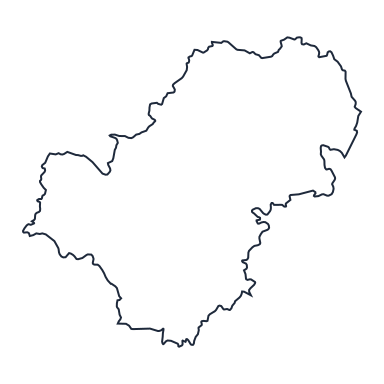 the border of Kaluga
{"feature_id": "RUS-2361", "entity_name": "Kaluga", "entity_type": "Region", "adm_level": 1, "iso_a3": "RUS", "parent_name": "Russia", "parent_adm1": "", "projection": "mercator", "projection_center": [35.421, 54.295], "detail": "fine", "context": "isolated", "style": "outline", "palette": "slate", "viewbox_px": 384, "rotation_deg": 0, "n_neighbors": 0, "source": "natural_earth", "source_scale": "10m", "svg_char_len": 5918}
<svg xmlns="http://www.w3.org/2000/svg" viewBox="0 0 384 384"><path d="M250.9,295.3L244.1,291.7L242.1,291.5L241.7,293.7L240.8,295.9L239.5,297.5L235.1,301.2L234.6,303.0L232.3,305.7L231.4,308.3L230.0,309.9L229.4,310.0L227.1,309.0L224.0,309.5L223.2,308.9L221.3,306.1L219.6,305.6L218.4,306.0L216.1,309.9L215.0,311.1L209.9,314.2L208.5,315.7L207.5,320.8L206.6,321.2L203.4,320.9L201.8,321.2L201.4,321.6L201.3,322.1L201.8,324.2L201.6,325.2L198.6,327.5L198.5,328.1L198.8,330.1L197.9,334.2L195.7,336.9L194.2,340.9L193.9,343.3L193.2,344.7L192.1,344.9L190.8,344.4L188.4,340.4L187.2,339.2L186.6,339.1L186.2,339.3L185.8,341.2L185.5,341.8L182.7,340.6L182.4,340.9L182.6,344.1L182.4,344.8L181.8,345.5L179.1,346.7L178.4,346.3L178.2,344.5L177.7,343.7L171.0,340.8L167.6,340.5L166.1,341.2L163.5,344.1L163.1,344.1L162.5,343.2L162.1,341.6L162.7,336.7L162.9,333.1L163.5,329.7L163.4,328.8L163.1,328.7L161.0,330.4L159.0,331.0L157.9,331.0L150.0,328.6L133.0,329.1L131.3,328.9L129.1,325.7L126.0,323.8L117.8,323.6L118.8,321.3L120.3,319.4L121.0,317.5L119.6,314.7L118.7,309.3L117.1,307.3L116.8,306.3L116.9,303.2L117.5,300.3L119.5,300.0L121.1,298.3L119.2,296.2L116.9,288.1L115.3,286.3L111.4,283.7L110.8,283.8L107.7,280.4L105.6,276.9L104.1,273.3L102.3,270.1L99.4,266.0L97.7,264.7L94.2,264.6L92.9,263.7L92.8,262.6L93.5,259.4L93.5,258.6L92.6,256.0L91.3,254.6L87.8,254.4L86.5,255.0L82.4,258.0L78.1,259.2L76.5,259.0L74.5,256.3L73.0,254.9L70.9,253.6L69.1,253.1L65.6,257.2L63.3,257.4L61.4,256.5L59.7,254.3L59.0,252.4L58.6,249.2L58.3,248.1L54.4,241.1L45.8,234.4L42.3,233.4L39.8,234.0L36.3,233.4L33.3,235.1L29.8,236.0L29.1,233.7L28.6,232.9L27.2,232.3L23.9,232.6L23.2,232.0L23.0,231.0L24.4,228.4L26.6,225.5L27.7,224.6L28.6,224.2L30.8,224.8L33.9,223.5L34.1,223.2L33.9,222.7L31.9,221.3L34.1,220.0L34.9,218.9L35.2,214.9L35.7,213.7L37.0,212.7L38.9,212.0L40.0,210.9L40.2,208.9L39.9,206.4L40.1,202.7L39.6,201.9L37.7,201.3L37.2,200.5L37.3,200.0L39.0,199.0L41.4,199.0L41.9,198.3L42.3,196.3L42.6,195.6L44.0,194.9L45.0,193.8L45.9,190.0L43.7,187.8L41.2,184.2L40.0,182.0L40.0,180.9L40.9,180.1L41.3,179.0L41.0,176.8L41.2,175.5L44.6,171.9L45.1,170.6L45.0,169.5L44.7,168.5L42.8,168.1L42.3,167.6L41.8,166.4L42.3,165.1L45.2,162.8L47.9,156.4L49.9,153.5L55.7,154.4L58.6,153.2L60.6,154.3L62.4,154.5L64.0,154.0L67.3,151.9L76.0,155.0L78.1,155.1L80.9,155.9L82.4,155.8L83.2,155.3L86.1,156.8L92.5,162.1L102.5,173.6L105.6,174.7L107.4,174.5L109.8,171.8L110.4,170.4L110.1,168.5L108.2,164.8L107.9,163.1L112.2,161.1L113.3,158.3L114.8,149.9L116.0,147.7L116.4,145.2L117.8,142.9L117.1,140.1L116.4,138.8L115.0,137.9L110.3,136.3L109.7,135.5L111.2,134.7L114.9,134.6L119.2,136.0L125.0,136.1L128.4,137.8L131.4,138.1L133.1,137.3L136.2,134.6L139.4,133.9L141.5,132.4L146.3,130.7L148.2,127.5L149.3,126.3L152.7,124.1L153.7,122.6L155.2,121.1L155.2,120.5L154.7,119.8L151.9,118.4L150.2,115.9L148.9,115.0L148.7,114.4L148.7,113.5L149.4,110.6L149.5,107.5L150.1,104.4L151.6,103.5L156.9,102.8L158.2,103.9L161.2,104.7L162.1,104.0L163.8,98.1L166.2,96.3L167.6,93.2L173.5,92.5L174.3,91.9L174.6,91.3L174.8,89.5L172.8,85.9L173.1,84.6L174.6,83.2L181.8,78.1L183.1,76.6L186.7,70.2L187.1,67.0L186.6,63.7L186.8,63.3L188.6,62.6L188.9,62.0L189.2,60.7L189.0,59.3L188.4,57.9L188.5,57.4L190.1,56.4L191.6,56.1L192.2,55.4L194.5,49.8L197.5,50.0L202.9,52.6L203.6,52.6L207.2,50.3L207.9,49.3L208.3,47.6L209.1,46.7L212.4,46.0L212.8,45.1L211.9,42.7L211.9,41.9L221.3,42.9L223.3,41.3L224.2,41.2L227.4,41.7L228.4,42.3L236.2,49.2L237.4,49.8L244.6,50.4L249.8,53.3L252.4,52.0L253.5,52.2L255.5,54.2L258.9,55.2L261.3,57.9L262.3,58.1L271.0,56.7L272.2,56.1L273.2,54.5L274.3,53.5L278.0,51.9L278.8,49.8L279.9,48.9L281.7,46.4L281.6,45.3L280.6,41.8L280.7,41.0L281.1,40.7L284.0,39.7L287.3,37.4L289.5,37.7L294.3,39.5L295.1,39.3L297.0,37.6L299.1,37.3L300.4,37.4L301.5,38.0L301.7,39.0L301.5,42.8L301.8,43.8L302.1,44.2L303.8,44.5L306.3,43.3L310.8,45.4L314.5,46.0L316.2,47.2L318.3,50.2L319.0,51.7L319.2,52.7L318.9,54.8L318.4,56.2L318.5,56.6L319.2,57.2L326.6,55.8L327.1,54.9L327.7,52.3L329.0,51.4L330.2,51.3L331.5,52.3L333.1,55.7L334.3,59.2L337.6,61.7L341.0,66.4L342.0,69.5L342.9,70.3L344.8,70.6L345.3,71.2L345.6,71.8L345.5,78.9L345.9,80.8L350.9,93.5L351.6,96.8L355.1,100.8L355.7,102.0L355.7,104.0L354.7,106.8L355.7,108.1L361.0,111.7L358.3,116.0L357.2,122.7L356.0,126.1L354.6,128.4L354.3,129.7L356.8,130.8L357.1,132.4L356.4,134.4L345.9,155.5L344.5,157.4L341.8,152.8L339.9,151.0L337.7,149.9L333.9,149.2L330.4,149.8L329.7,149.2L328.8,147.4L328.0,146.8L323.2,145.2L321.7,145.5L321.0,146.2L320.7,148.0L321.0,151.7L320.8,154.2L321.4,155.7L324.1,159.5L324.4,161.0L324.5,165.0L325.0,167.8L326.1,169.3L326.7,169.5L329.1,168.8L330.5,169.2L331.6,170.8L335.0,177.4L335.1,178.7L334.6,180.0L332.5,183.1L332.1,184.1L333.3,186.8L333.6,188.8L332.9,192.0L331.6,194.2L328.6,195.7L327.2,195.7L323.5,194.2L321.9,194.4L318.4,196.1L314.7,196.5L313.9,195.9L314.1,195.1L315.5,193.3L315.3,192.1L313.0,190.6L298.9,194.3L290.7,195.0L289.8,195.6L289.6,196.4L290.4,199.9L286.0,203.4L285.7,204.1L286.1,206.2L285.8,206.6L284.3,206.6L282.2,204.9L281.2,204.8L274.1,204.9L272.6,203.0L271.6,203.0L270.7,204.6L270.9,207.9L270.7,209.7L270.0,211.2L267.4,214.5L266.0,214.7L264.4,214.0L263.1,213.1L259.6,208.9L258.0,208.2L255.9,208.2L252.7,209.7L252.0,210.5L252.0,211.8L252.9,212.7L254.0,213.4L257.7,216.9L259.2,217.3L260.0,217.8L260.1,218.9L259.8,219.7L256.6,220.3L256.5,220.9L257.8,223.5L258.9,223.7L261.6,222.4L263.6,222.0L265.4,222.2L268.0,224.0L268.8,225.5L269.1,227.8L268.4,229.1L267.5,229.8L262.5,231.7L260.7,234.3L259.4,236.9L259.4,238.5L260.3,243.0L259.8,244.2L257.9,245.2L254.4,245.9L252.4,247.3L249.0,250.9L248.4,252.6L248.2,257.8L247.3,259.4L246.2,260.0L242.4,260.4L242.1,260.8L242.1,261.2L242.8,262.2L246.0,263.6L246.8,265.0L247.0,267.5L246.5,268.7L244.0,270.3L245.5,274.1L246.0,278.8L246.3,279.3L247.5,279.9L249.8,279.3L251.0,279.4L255.0,282.0L255.2,282.6L255.0,283.3L254.1,284.8L250.4,288.3L249.1,290.0L249.2,291.9L250.9,295.3Z" fill="none" stroke="#1e293b" stroke-width="2"/></svg>